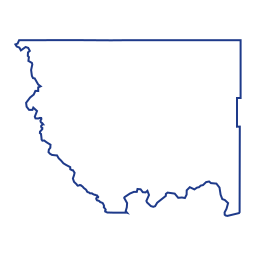 Okanogan, Washington, United States of America
{"feature_id": "52423323B51466238870881", "entity_name": "Okanogan", "entity_type": "district", "adm_level": 2, "iso_a3": "USA", "parent_name": "United States of America", "parent_adm1": "Washington", "projection": "mercator", "projection_center": [-120.099, 48.471], "detail": "fine", "context": "isolated", "style": "outline", "palette": "blue", "viewbox_px": 256, "rotation_deg": 0, "n_neighbors": 0, "source": "geoboundaries", "source_scale": "gbopen_adm2", "svg_char_len": 2410}
<svg xmlns="http://www.w3.org/2000/svg" viewBox="0 0 256 256"><path d="M127.0,212.7L125.7,211.1L126.8,207.3L127.1,203.1L124.2,197.9L124.6,197.1L130.0,193.5L133.8,191.9L136.8,191.9L137.5,189.0L140.6,189.3L142.8,192.2L145.6,192.4L147.4,190.8L149.0,195.0L146.4,200.9L147.0,202.4L150.9,206.1L153.3,206.8L155.1,206.2L157.2,202.7L165.8,195.9L165.9,193.9L167.6,192.6L174.7,193.6L178.2,197.8L181.9,197.5L184.9,198.0L186.6,194.6L186.7,190.3L189.8,187.2L194.4,189.4L197.0,187.6L199.0,187.2L200.7,185.6L203.0,185.1L206.1,182.1L209.1,181.5L210.9,183.1L216.4,183.6L219.5,187.6L220.6,194.7L222.3,199.1L224.8,200.0L228.1,203.1L226.5,208.8L224.6,212.4L224.7,214.7L225.6,215.5L227.4,215.9L239.0,213.1L239.6,212.2L239.8,126.6L237.0,126.7L237.0,98.0L240.6,98.0L240.6,40.2L208.2,40.2L207.6,40.2L175.5,40.2L172.4,40.2L145.6,40.2L126.3,40.2L112.6,40.3L108.8,40.3L71.4,40.1L33.9,40.2L19.1,40.2L17.6,43.6L15.4,44.4L16.7,46.5L19.4,47.6L20.9,50.4L25.6,47.0L28.2,47.9L29.8,50.9L28.0,52.4L27.8,55.9L28.9,57.1L28.4,60.9L31.9,62.9L32.3,64.5L31.1,70.0L31.9,75.9L33.0,78.1L34.7,78.4L38.2,84.5L40.6,86.3L38.2,87.4L38.2,91.0L35.4,90.9L33.7,94.6L30.1,97.5L26.1,102.8L26.6,106.7L29.1,109.9L32.4,109.9L33.3,107.6L37.0,111.0L34.8,116.7L35.5,118.4L38.2,118.5L39.9,117.9L41.2,118.0L41.4,119.0L40.5,120.5L40.6,121.7L41.3,122.7L42.2,123.1L43.1,124.3L42.9,124.3L41.8,125.1L41.1,126.1L41.4,127.5L42.3,127.9L42.3,129.1L41.0,130.6L40.0,131.6L39.9,133.1L41.0,133.9L41.5,138.1L41.6,139.6L42.4,140.7L44.2,140.5L46.3,142.1L48.5,143.5L50.5,144.7L50.3,147.8L48.9,149.5L48.5,152.1L49.9,153.7L51.9,154.9L55.2,155.3L57.0,155.4L58.7,158.3L61.1,160.6L63.4,163.3L66.2,165.0L70.2,167.1L70.3,169.3L72.1,170.2L72.9,170.2L74.6,172.8L74.0,175.3L72.9,178.5L74.0,181.8L76.6,184.3L77.2,185.2L77.8,185.7L79.3,185.3L79.8,185.0L80.9,185.2L81.3,185.8L82.0,186.1L82.7,186.7L83.8,188.0L84.7,188.7L85.7,189.4L86.7,190.6L86.9,191.5L87.9,192.2L88.8,192.4L90.0,193.3L91.9,193.3L92.6,193.9L94.5,194.8L95.2,194.8L96.2,195.3L97.0,195.4L97.8,196.5L98.2,196.9L98.1,197.3L97.5,197.3L96.9,197.4L96.5,197.9L96.2,198.8L97.0,200.3L98.8,200.8L99.4,201.2L100.2,202.1L101.1,202.4L101.7,202.6L102.7,203.1L103.2,204.0L103.7,205.0L104.1,206.1L103.9,206.5L103.8,207.3L104.8,208.4L105.3,209.0L105.7,209.8L105.4,210.4L105.1,210.9L105.2,211.5L105.5,211.6L106.4,212.1L107.3,212.5L114.9,212.7L119.0,212.7L121.3,212.7L124.5,212.7L126.7,212.6L127.0,212.7Z" fill="none" stroke="#1e3a8a" stroke-width="2"/></svg>